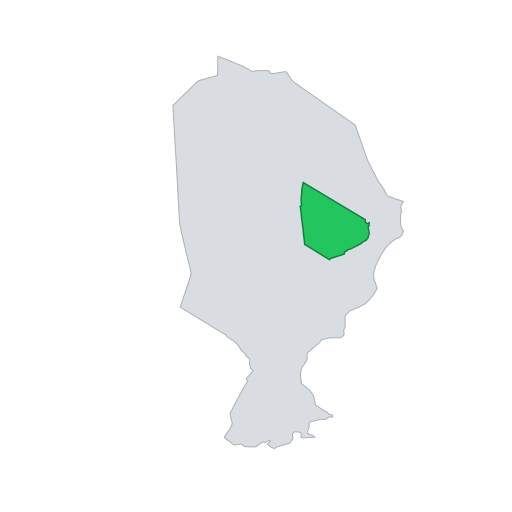 Tesker, Zinder, Niger shown in context, rotated 301°
{"feature_id": "23599985B16015640173227", "entity_name": "Tesker", "entity_type": "district", "adm_level": 2, "iso_a3": "NER", "parent_name": "Niger", "parent_adm1": "Zinder", "projection": "robinson", "projection_center": [11.083, 15.833], "detail": "fine", "context": "in_parent", "style": "filled", "palette": "green", "viewbox_px": 512, "rotation_deg": 301, "n_neighbors": 0, "source": "geoboundaries", "source_scale": "gbopen_adm2", "svg_char_len": 4133}
<svg xmlns="http://www.w3.org/2000/svg" viewBox="0 0 512 512"><g transform="rotate(301 256 256)"><path d="M378.6,354.2L374.6,354.3L372.4,355.0L369.5,357.5L366.3,358.5L362.4,360.6L359.9,362.4L357.6,363.7L354.4,367.0L353.4,369.6L350.2,370.1L345.8,369.7L343.0,367.1L336.4,364.4L332.2,363.4L330.2,363.0L320.2,362.6L309.6,363.6L304.2,364.9L303.2,365.1L300.1,366.7L297.5,368.5L290.6,376.7L281.5,376.4L276.1,375.5L271.5,374.2L265.0,370.4L257.1,364.6L254.0,363.8L251.3,363.4L250.3,363.4L240.8,369.2L239.0,369.1L236.7,369.8L235.3,371.2L234.2,371.9L233.0,372.0L231.5,371.7L230.1,370.8L228.6,369.2L224.7,362.8L223.9,361.6L222.3,359.7L219.5,356.7L217.6,355.4L216.4,355.0L215.0,355.2L207.4,352.7L199.8,350.0L198.1,350.3L196.9,350.9L194.3,352.9L191.1,353.2L187.2,353.1L185.0,352.8L181.5,353.5L179.2,354.3L176.2,355.6L172.2,359.3L171.0,359.8L170.1,360.4L168.7,370.5L167.6,373.6L165.6,377.6L161.6,381.4L158.9,383.8L158.8,386.9L158.6,392.0L158.5,395.5L158.7,397.8L158.2,398.9L158.0,399.9L158.1,401.4L158.8,402.1L159.1,403.1L158.9,403.8L157.6,404.7L156.2,402.4L154.4,400.8L152.4,400.1L151.1,398.9L150.4,397.3L147.8,394.1L141.9,387.8L141.3,387.7L140.3,387.4L138.6,388.2L137.5,389.2L136.8,389.6L135.7,389.7L132.9,390.5L130.6,391.5L130.5,392.4L131.5,397.1L131.0,399.7L130.0,398.5L126.8,393.7L124.5,390.1L124.1,389.3L123.8,388.1L124.0,387.6L124.9,387.2L127.0,386.7L127.4,386.3L127.5,385.4L127.2,383.5L126.1,381.1L124.9,379.4L124.2,379.1L123.0,379.1L121.6,379.3L119.1,381.3L117.9,381.7L115.3,381.5L113.0,381.1L111.6,380.1L107.4,376.1L102.7,371.9L100.8,371.3L100.3,370.9L100.0,367.6L100.2,363.8L100.4,362.7L102.4,363.4L104.4,363.6L105.1,362.9L103.5,361.6L101.1,360.2L100.2,358.0L99.6,357.3L98.5,356.6L97.3,356.2L96.0,355.6L95.2,355.0L93.8,354.7L92.4,354.2L90.3,350.8L88.3,347.5L87.1,344.8L86.7,343.3L87.3,340.6L86.7,339.5L84.4,336.8L82.6,334.3L83.1,330.3L83.5,327.1L83.5,325.0L83.8,323.8L84.1,322.5L85.4,322.1L88.6,322.1L94.9,322.7L99.9,322.1L100.2,321.9L103.8,318.4L107.8,314.8L113.7,314.4L120.1,314.0L125.1,313.8L132.4,313.5L138.4,313.3L145.2,313.0L145.4,311.3L145.9,310.9L146.5,310.9L151.6,311.8L156.3,312.6L156.7,309.4L160.9,305.5L163.2,304.6L163.8,303.9L164.6,302.6L165.1,300.5L165.3,299.0L166.2,297.8L166.8,295.5L167.7,291.6L170.1,287.4L171.5,281.8L171.7,276.4L172.0,272.2L172.7,271.4L172.8,264.0L172.8,256.6L172.9,250.4L172.9,242.6L173.0,235.8L173.0,228.4L173.1,221.8L173.1,217.4L177.9,216.3L182.8,215.2L190.0,213.6L197.9,211.9L206.4,210.0L208.3,208.9L214.8,202.5L217.7,199.7L223.5,193.9L228.0,189.5L233.7,183.9L239.7,178.3L244.5,173.8L252.0,168.7L263.3,161.0L274.6,153.4L285.9,145.7L297.2,138.0L308.4,130.3L319.7,122.6L330.9,114.9L342.2,107.3L353.5,110.2L364.2,113.0L375.0,115.8L377.6,117.3L383.3,122.8L390.7,129.8L391.0,129.9L391.4,129.9L398.4,125.8L407.6,120.4L410.0,134.9L411.9,147.4L412.1,155.4L412.2,157.5L413.0,158.9L414.7,160.3L421.6,171.8L420.1,173.8L421.2,177.3L423.0,178.9L428.7,185.7L429.4,187.1L429.1,188.2L425.2,196.2L424.6,198.2L423.8,208.5L423.3,215.7L422.6,225.7L421.8,237.6L421.1,247.7L420.2,261.0L419.3,273.6L413.6,280.5L403.4,292.8L395.2,302.7L391.0,309.4L382.9,322.5L379.3,330.9L376.5,335.3L375.1,337.2L376.3,343.4L378.6,354.2Z" fill="#d9dde1" stroke="#a8b0b8" stroke-width="1"/><path d="M321.2,268.3L320.9,268.6L317.7,271.4L311.9,275.6L310.1,277.1L306.2,280.2L302.2,283.3L298.5,286.0L294.9,288.9L291.0,291.8L290.7,320.8L291.3,320.9L291.8,321.2L293.1,321.9L295.5,324.0L298.5,326.6L300.6,328.6L301.8,329.4L303.1,330.6L304.2,330.3L305.2,329.7L305.9,330.1L307.2,331.2L308.7,331.4L309.5,332.3L311.4,333.9L314.4,335.7L318.5,338.3L320.7,339.6L322.6,340.3L323.7,340.6L325.1,341.6L326.0,342.4L326.7,342.1L328.7,342.7L329.9,342.4L331.5,341.9L333.7,341.5L334.9,340.4L336.7,338.9L336.8,338.8L337.0,338.7L337.6,337.9L338.5,337.2L340.6,337.2L341.2,336.6L342.4,336.2L342.8,335.8L342.4,335.5L341.7,335.3L341.3,335.1L341.1,334.5L341.2,332.4L342.0,331.7L342.7,331.4L343.4,331.0L343.3,258.6L342.4,258.9L340.3,259.7L338.1,260.5L337.0,261.0L336.0,261.3L334.3,262.4L332.6,263.1L330.8,264.0L329.8,264.5L328.6,265.1L327.1,265.9L325.8,267.0L325.2,267.2L323.0,268.8L322.2,269.3L321.2,268.3Z" fill="#22c55e" stroke="#15803d" stroke-width="1.5"/></g></svg>